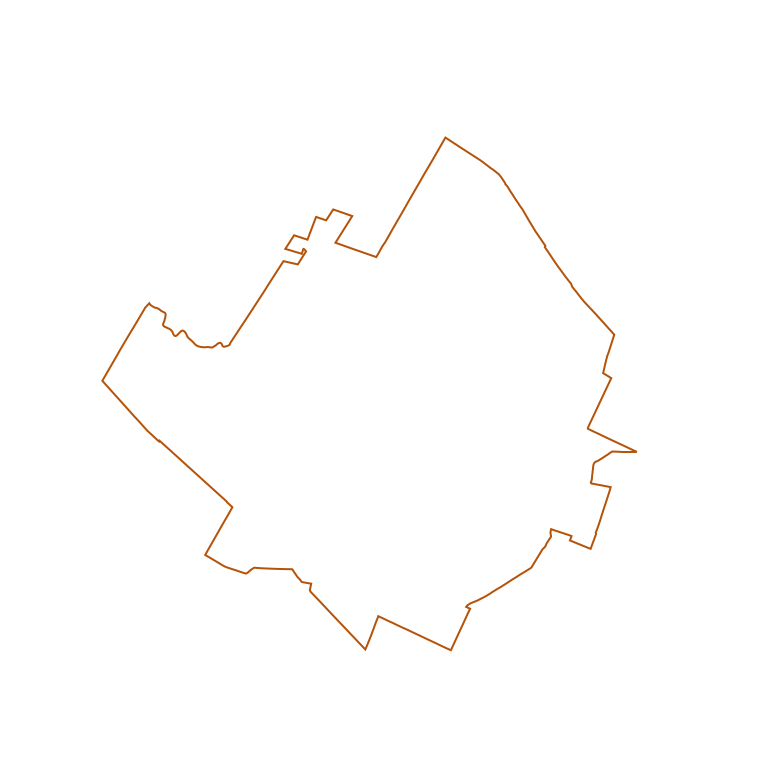 outline of Tataranu, Vrancea, Romania, rotated 204°
{"feature_id": "2599482B94040911807777", "entity_name": "Tataranu", "entity_type": "district", "adm_level": 2, "iso_a3": "ROU", "parent_name": "Romania", "parent_adm1": "Vrancea", "projection": "orthographic", "projection_center": [27.309, 45.527], "detail": "fine", "context": "isolated", "style": "outline", "palette": "amber", "viewbox_px": 768, "rotation_deg": 204, "n_neighbors": 0, "source": "geoboundaries", "source_scale": "gbopen_adm2", "svg_char_len": 6082}
<svg xmlns="http://www.w3.org/2000/svg" viewBox="0 0 768 768"><g transform="rotate(204 384 384)"><path d="M429.5,620.7L430.8,608.1L431.4,602.9L432.7,591.5L433.2,586.2L434.9,570.2L435.8,561.5L437.0,549.3L439.2,528.5L440.2,518.1L440.7,512.9L441.0,512.1L441.3,509.9L441.6,508.7L441.6,507.8L441.8,505.6L442.2,500.9L442.7,496.8L444.1,496.7L466.6,494.8L485.8,493.3L481.3,524.5L501.4,522.8L503.4,510.0L514.0,509.0L512.6,484.7L526.6,483.3L529.1,467.3L512.1,469.5L512.6,474.6L511.6,474.7L509.1,473.4L509.6,470.6L511.3,458.7L511.4,458.2L525.8,455.3L530.0,428.3L530.8,422.3L532.9,409.1L536.3,387.7L538.0,377.8L540.9,360.1L541.1,358.6L540.9,357.0L542.7,354.9L543.8,354.1L544.6,353.3L545.6,352.9L546.3,352.8L546.8,353.0L547.3,353.4L547.7,353.8L548.2,354.3L548.8,354.6L549.4,355.0L550.1,355.0L550.6,355.0L551.4,354.4L551.8,353.9L552.3,353.2L552.9,352.0L553.2,351.2L554.0,349.9L554.6,349.2L555.2,348.1L555.6,347.6L556.5,347.2L557.6,346.8L559.2,346.4L560.2,346.0L561.5,345.3L562.1,344.9L563.0,344.5L565.0,343.8L567.0,343.2L568.8,342.9L569.9,342.9L570.7,342.9L571.6,343.1L572.4,343.3L573.4,343.7L576.0,344.8L577.7,345.4L579.1,345.8L580.5,346.2L581.5,346.6L582.4,347.0L583.3,347.7L584.6,348.9L585.4,349.6L586.1,350.0L587.0,350.5L587.6,350.8L588.6,351.0L589.6,350.9L590.2,350.6L590.9,349.6L591.5,348.1L592.1,346.5L592.8,344.6L593.5,343.4L594.1,343.0L594.9,342.9L595.5,343.1L596.1,343.4L596.6,343.8L597.8,344.9L598.6,345.7L599.0,345.9L599.9,346.3L600.7,346.7L602.1,347.0L603.3,347.1L604.1,347.1L604.8,347.1L605.5,347.1L606.2,347.1L606.7,347.1L607.7,347.1L608.6,347.3L609.2,347.5L609.5,347.8L609.9,348.2L610.2,348.7L610.2,349.2L610.4,352.8L610.7,354.2L610.9,355.9L611.5,358.2L611.8,358.8L612.2,359.2L612.6,359.6L613.1,359.9L613.5,360.0L613.9,360.0L614.8,360.0L616.2,360.1L617.4,360.2L618.2,360.4L619.1,360.7L619.8,360.9L620.7,361.0L621.3,361.0L622.5,361.0L623.3,360.8L624.6,360.6L625.4,360.6L626.2,360.7L627.3,360.8L628.5,361.0L629.3,361.2L629.8,361.4L630.4,361.6L630.7,361.9L631.2,362.3L631.6,361.4L633.3,356.2L633.3,355.3L635.4,337.4L637.3,322.1L639.1,306.2L639.5,301.9L641.0,287.6L642.6,272.4L638.7,270.6L630.2,266.8L602.6,254.5L599.9,253.3L599.6,253.1L591.3,249.6L589.5,248.8L581.9,245.3L566.6,240.1L566.0,240.0L566.0,240.9L550.1,235.7L534.3,230.5L488.3,215.4L480.0,212.7L479.3,212.1L472.4,209.8L473.4,198.9L473.6,197.5L474.3,190.8L477.4,159.5L477.6,157.0L477.8,155.1L475.6,154.8L470.6,154.3L465.8,153.7L463.0,153.4L458.5,152.8L457.6,152.7L454.9,152.5L453.7,152.5L452.7,152.6L447.8,153.1L443.2,153.6L435.4,154.3L433.4,154.6L432.8,154.8L432.4,155.4L431.6,156.5L431.2,157.6L430.8,158.4L429.6,160.7L428.3,162.8L427.7,163.4L427.2,163.7L425.8,164.1L419.5,166.4L411.2,169.7L407.2,171.3L400.9,173.9L392.9,177.3L392.6,177.4L392.3,177.3L387.8,174.5L384.5,172.5L382.0,171.5L381.1,171.1L378.9,169.8L378.3,169.7L371.5,171.4L369.3,172.0L368.4,167.8L368.1,166.4L367.8,165.5L367.3,164.9L366.7,164.5L366.2,164.2L352.5,158.6L342.8,154.5L333.0,150.4L320.1,145.1L296.0,135.1L293.1,133.9L293.1,135.9L293.3,143.9L293.5,148.7L293.9,155.2L294.3,160.7L294.5,164.0L294.6,167.4L294.7,169.1L294.8,169.5L291.2,169.5L287.0,169.4L284.1,169.3L279.6,169.3L278.4,169.3L276.6,169.2L274.1,169.1L268.9,169.0L264.9,169.0L263.6,169.0L262.8,169.0L262.7,169.0L262.0,169.0L256.2,168.8L253.9,168.8L250.9,168.7L247.5,168.7L246.7,168.6L242.2,168.5L233.2,168.3L231.1,168.3L230.5,168.3L228.6,168.2L219.9,168.0L214.6,168.0L214.4,183.7L214.2,196.3L214.1,207.7L213.9,212.5L213.9,213.7L214.1,213.7L217.3,213.8L218.3,213.8L218.3,214.0L218.0,214.8L217.9,215.5L216.5,217.8L215.7,218.9L215.4,219.2L212.9,221.8L210.5,224.3L208.5,226.8L207.6,227.9L206.1,229.7L204.1,232.4L203.0,233.9L202.2,235.2L201.2,236.6L200.6,237.8L199.5,239.3L197.2,242.7L194.8,246.0L190.9,251.9L187.1,257.8L185.2,260.5L182.3,265.0L180.6,267.4L176.8,272.9L175.3,275.2L174.7,276.3L174.0,281.7L173.4,286.4L172.3,294.8L172.0,297.2L171.6,298.6L171.2,299.3L170.8,300.2L170.6,301.2L170.6,301.9L170.5,303.0L170.6,303.9L170.6,304.6L170.5,305.7L170.3,306.5L170.1,307.5L170.0,308.6L169.8,309.5L169.6,310.4L169.5,311.2L169.4,311.6L169.4,312.2L169.4,312.7L169.7,313.2L170.6,314.5L171.1,315.3L171.5,316.0L171.8,317.2L172.1,318.4L172.3,319.3L153.5,321.2L150.9,321.4L150.7,320.3L150.5,316.7L128.2,317.4L129.2,333.0L130.1,334.3L130.4,340.4L131.1,347.7L131.8,353.2L132.6,360.9L133.5,369.7L134.3,377.3L135.0,382.0L141.8,380.4L144.1,379.9L150.1,378.4L154.1,377.5L154.5,377.6L154.9,377.9L155.1,379.2L155.1,379.9L155.2,380.4L155.2,380.7L155.3,381.1L155.4,381.5L155.6,382.2L156.3,384.1L157.2,387.1L157.4,387.8L157.9,389.1L158.2,390.1L158.6,391.6L159.0,392.7L159.3,393.5L159.5,394.3L159.7,395.1L159.8,395.8L159.8,396.4L159.8,396.9L159.7,397.9L159.4,398.5L158.4,399.7L157.0,401.2L156.5,402.1L155.2,403.9L154.5,405.0L153.8,406.1L152.1,408.8L151.3,409.9L150.4,411.3L150.0,412.3L149.3,413.3L148.9,413.9L148.1,415.0L147.6,415.4L146.5,415.7L145.2,416.3L141.6,417.7L139.6,418.5L138.7,418.8L137.6,419.3L136.1,419.9L133.9,420.9L132.2,421.7L125.4,424.8L134.2,425.0L139.1,425.1L155.2,425.4L159.2,425.5L176.1,425.9L179.2,426.0L179.5,426.1L179.7,426.3L179.9,426.6L179.9,427.0L179.9,427.8L179.9,429.1L179.5,448.2L179.1,467.5L178.8,480.0L178.8,481.8L188.2,483.0L188.2,483.5L188.4,484.0L189.9,491.6L191.4,499.8L191.7,504.5L193.7,522.7L208.4,529.3L220.9,534.8L221.2,534.9L234.9,540.7L235.2,540.9L238.2,542.3L240.2,543.4L243.1,544.9L245.5,546.3L248.0,547.5L251.3,549.2L251.8,549.6L253.9,551.7L255.7,552.6L258.0,553.8L262.1,556.0L272.3,561.8L277.6,565.0L285.2,569.8L292.8,574.5L292.7,575.8L301.9,581.5L306.1,584.1L307.2,584.7L313.2,588.9L318.1,592.3L329.3,600.4L330.2,600.8L331.8,601.7L333.8,603.0L335.3,604.0L336.8,604.9L338.0,605.6L339.0,606.3L340.6,607.3L343.7,609.4L345.3,610.4L346.9,611.4L348.2,612.3L349.4,613.1L350.3,613.8L351.4,614.5L352.1,615.0L352.6,615.2L353.2,615.4L353.8,615.6L354.1,615.7L354.5,616.0L354.7,616.4L355.0,616.7L355.5,617.1L356.4,617.6L357.6,618.4L358.4,618.9L360.2,620.0L360.8,620.5L362.7,621.4L363.9,622.1L364.4,622.3L367.0,623.0L370.4,623.9L371.0,624.0L372.2,624.3L373.8,624.5L383.4,626.8L387.2,627.6L409.8,631.1L428.1,634.1L429.5,620.7Z" fill="none" stroke="#b45309" stroke-width="2"/></g></svg>